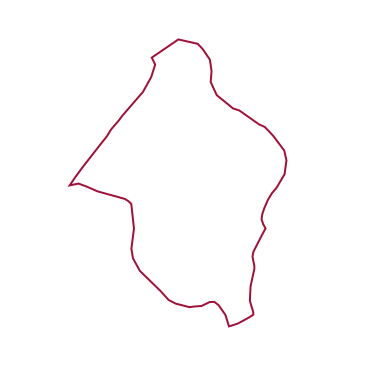 Olintepeque, Quezaltenango, Guatemala (Robinson projection), rotated 238°
{"feature_id": "79465075B90968408613772", "entity_name": "Olintepeque", "entity_type": "district", "adm_level": 2, "iso_a3": "GTM", "parent_name": "Guatemala", "parent_adm1": "Quezaltenango", "projection": "robinson", "projection_center": [-91.543, 14.895], "detail": "fine", "context": "isolated", "style": "outline", "palette": "rose", "viewbox_px": 384, "rotation_deg": 238, "n_neighbors": 0, "source": "geoboundaries", "source_scale": "gbopen_adm2", "svg_char_len": 1022}
<svg xmlns="http://www.w3.org/2000/svg" viewBox="0 0 384 384"><g transform="rotate(238 192 192)"><path d="M122.2,235.1L126.8,235.3L132.0,236.5L136.1,240.0L140.1,244.9L145.2,252.4L148.6,259.1L150.8,266.0L158.1,280.0L168.7,288.8L178.2,292.2L196.8,290.6L208.6,288.2L213.8,284.7L236.1,275.3L241.1,271.1L261.0,264.3L275.3,266.1L284.1,272.6L294.8,277.3L307.5,276.8L314.6,275.4L328.6,261.3L327.3,229.1L319.6,228.3L311.2,218.5L302.9,203.5L293.5,173.0L291.5,167.9L287.9,156.5L284.2,149.0L281.3,140.7L276.2,126.7L271.4,113.4L266.1,100.1L262.4,91.8L259.3,100.2L252.2,105.7L242.5,112.3L221.6,131.5L217.7,133.3L214.1,134.2L191.7,123.4L176.1,110.6L167.1,106.8L152.7,106.0L124.4,112.9L112.9,114.9L105.9,119.1L95.7,128.8L93.8,133.0L90.3,139.7L89.3,148.6L87.0,152.7L82.0,154.6L70.2,155.2L58.4,152.2L56.2,160.9L55.4,173.1L55.5,179.0L57.3,180.1L60.1,181.0L64.9,182.2L69.2,183.5L81.0,191.7L88.6,199.1L93.7,204.1L96.9,206.0L100.6,207.3L105.2,209.1L108.7,212.3L116.4,225.1L122.2,235.1Z" fill="none" stroke="#9f1239" stroke-width="2"/></g></svg>